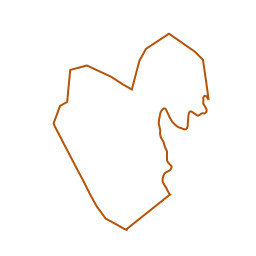 the district of Chatin, Anse-la-Raye, Saint Lucia, rotated 191°
{"feature_id": "8701671B98746614638816", "entity_name": "Chatin", "entity_type": "district", "adm_level": 2, "iso_a3": "LCA", "parent_name": "Saint Lucia", "parent_adm1": "Anse-la-Raye", "projection": "orthographic", "projection_center": [-61.041, 13.919], "detail": "fine", "context": "isolated", "style": "outline", "palette": "amber", "viewbox_px": 256, "rotation_deg": 191, "n_neighbors": 0, "source": "geoboundaries", "source_scale": "gbopen_adm2", "svg_char_len": 2903}
<svg xmlns="http://www.w3.org/2000/svg" viewBox="0 0 256 256"><g transform="rotate(191 128 128)"><path d="M134.1,36.2L132.6,34.8L125.6,32.6L120.3,30.9L113.3,28.5L111.6,28.1L111.4,28.0L108.9,27.6L109.6,27.8L110.4,28.1L74.0,70.8L74.8,71.2L75.7,72.2L76.0,72.6L76.9,73.7L77.7,74.7L78.3,75.5L79.2,76.6L80.2,77.7L81.1,78.6L82.0,79.7L82.7,80.5L83.3,81.4L83.8,82.4L84.1,83.4L84.1,83.9L84.3,84.5L84.3,85.5L84.2,86.2L84.1,87.5L83.9,88.8L83.8,89.6L83.2,90.6L82.6,91.4L82.1,91.8L81.2,92.6L80.0,93.5L79.4,93.9L78.9,94.5L78.4,95.1L78.2,95.7L78.0,96.2L77.9,96.5L77.8,97.3L77.7,97.9L77.8,98.2L78.1,98.8L78.8,99.4L79.5,100.0L80.4,100.5L81.0,101.0L81.6,101.5L82.3,102.0L82.6,102.4L83.1,103.0L83.4,103.6L83.7,104.6L83.9,105.3L84.0,106.1L84.3,107.2L84.6,109.0L84.8,110.3L85.0,111.3L85.2,112.2L85.5,112.7L85.9,113.4L86.3,114.0L86.7,114.5L87.1,115.1L87.7,115.8L88.2,116.6L88.7,117.4L89.0,118.0L89.3,118.6L89.6,119.3L89.9,120.0L90.1,120.5L90.6,121.1L91.1,121.7L92.2,123.1L92.9,123.8L93.6,124.7L94.1,125.4L94.4,125.9L94.7,126.6L94.9,127.2L95.2,127.8L95.4,128.4L95.5,128.9L95.7,129.8L95.7,130.5L95.7,131.2L95.9,132.0L96.4,132.9L96.6,133.3L97.3,135.1L98.0,136.8L98.4,137.5L98.6,138.0L98.8,139.3L98.9,140.0L98.9,140.5L99.0,140.9L99.1,141.6L99.1,142.2L99.1,143.1L99.1,143.6L99.1,144.2L99.1,144.8L99.1,145.6L99.1,146.3L99.1,146.6L99.1,147.0L99.1,147.7L99.1,148.4L99.0,149.2L98.9,149.9L98.6,150.7L98.3,151.5L98.0,152.1L97.6,152.8L97.3,153.3L96.9,153.7L96.4,154.0L96.1,154.1L95.5,154.2L94.8,153.9L94.1,153.2L92.6,151.1L91.0,149.0L89.8,147.2L88.6,145.8L87.2,144.1L86.3,143.1L85.3,142.2L84.3,141.5L82.8,140.4L79.9,138.9L79.1,138.6L78.3,138.3L75.9,138.1L74.8,137.8L72.5,137.4L71.7,137.5L71.2,137.7L70.5,138.4L70.2,138.9L70.0,139.4L69.9,139.8L69.8,140.4L69.8,141.1L69.9,141.7L71.1,152.3L71.1,153.1L71.0,153.9L70.9,154.7L70.8,155.2L70.6,155.5L70.3,155.9L69.9,156.2L69.4,156.3L68.8,156.3L68.0,155.9L67.1,155.5L65.8,154.9L64.2,154.3L63.5,154.0L62.8,153.7L62.1,153.6L61.6,153.6L61.0,153.8L60.7,154.1L60.0,154.8L59.6,155.2L59.0,155.9L58.4,156.4L58.0,156.6L57.3,156.7L56.8,156.8L55.8,156.8L55.2,157.2L54.7,157.8L54.4,158.5L54.2,159.1L54.1,159.7L54.3,160.6L54.5,161.2L54.9,161.8L55.2,162.3L55.8,162.9L56.3,163.5L56.7,164.0L57.2,164.5L57.7,165.0L58.2,165.6L58.6,166.1L58.8,166.6L58.9,167.2L59.1,167.8L59.2,168.6L59.3,169.3L59.4,170.0L59.5,170.7L59.7,171.2L59.8,171.9L59.8,172.5L59.6,173.2L59.5,173.5L59.3,173.8L59.1,173.9L58.7,174.3L58.2,174.4L57.7,174.3L57.2,174.0L56.6,173.6L56.2,173.2L55.8,172.8L55.4,172.3L54.9,171.7L54.2,171.0L59.2,185.7L67.4,209.2L76.8,215.6L105.8,228.4L125.4,209.2L129.6,196.4L131.6,166.5L141.0,169.7L154.4,175.1L180.3,181.5L195.8,174.0L192.7,142.0L198.9,136.7L201.9,118.4L200.7,116.3L199.5,114.8L191.3,104.5L187.1,99.1L186.7,98.7L180.8,91.3L174.9,83.9L174.5,83.5L172.6,80.9L170.4,78.2L162.5,68.5L159.9,65.2L154.7,58.4L151.2,54.0L143.8,45.1L139.0,40.7L134.1,36.2Z" fill="none" stroke="#b45309" stroke-width="2"/></g></svg>